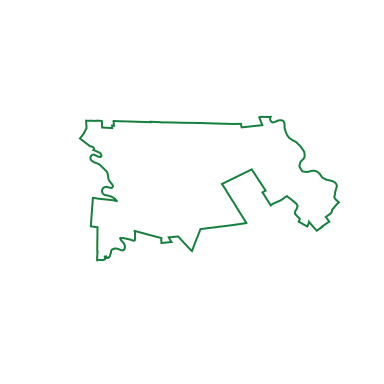 Veresti, Suceava, Romania, rotated 217°
{"feature_id": "2599482B2854630041456", "entity_name": "Veresti", "entity_type": "district", "adm_level": 2, "iso_a3": "ROU", "parent_name": "Romania", "parent_adm1": "Suceava", "projection": "robinson", "projection_center": [26.473, 47.638], "detail": "fine", "context": "isolated", "style": "outline", "palette": "green", "viewbox_px": 384, "rotation_deg": 217, "n_neighbors": 0, "source": "geoboundaries", "source_scale": "gbopen_adm2", "svg_char_len": 5959}
<svg xmlns="http://www.w3.org/2000/svg" viewBox="0 0 384 384"><g transform="rotate(217 192 192)"><path d="M174.4,299.3L175.4,298.4L180.4,294.8L182.8,293.0L183.0,292.8L183.2,292.1L176.1,287.7L176.5,287.3L191.2,273.5L191.3,273.5L194.0,275.9L199.8,271.3L216.5,259.4L221.5,255.9L224.9,253.5L230.5,249.5L242.3,240.8L245.6,238.5L253.8,232.6L258.6,229.0L259.0,228.9L267.3,223.2L267.0,222.9L267.4,222.6L280.9,213.1L285.3,210.0L292.3,205.0L297.4,201.5L297.4,201.4L297.3,201.2L296.9,201.0L296.6,200.6L295.3,199.2L294.2,197.9L295.8,197.0L294.2,195.0L301.6,190.1L302.6,189.4L306.5,194.2L306.7,194.4L307.6,193.9L310.4,192.1L311.1,191.5L311.3,191.2L312.2,190.5L314.5,188.8L315.5,188.3L316.1,187.6L319.5,185.2L314.6,179.5L313.8,173.7L313.6,173.7L313.7,167.3L300.9,167.2L299.5,167.9L298.2,168.3L297.0,168.0L296.1,167.4L295.9,166.2L295.4,166.5L292.8,167.0L291.0,167.4L290.6,167.5L289.8,167.7L289.3,167.8L289.0,167.8L288.4,167.8L288.0,167.6L287.7,167.5L287.2,167.2L286.6,166.9L286.1,166.2L285.9,165.7L286.0,165.5L286.0,165.2L286.5,164.6L286.8,164.3L287.2,164.2L287.6,164.0L288.2,163.8L289.6,163.5L291.2,163.2L292.0,163.0L292.4,162.9L292.9,162.7L293.4,162.4L293.6,162.1L293.9,161.6L294.1,161.2L294.2,160.8L294.3,160.0L294.2,159.4L294.2,159.1L294.0,158.7L293.6,158.1L293.2,157.6L292.9,157.4L292.5,157.1L291.9,156.9L291.3,156.7L290.7,156.7L289.4,156.7L288.4,156.8L287.2,157.0L286.6,157.2L284.4,157.9L283.8,158.1L283.1,158.2L282.2,158.2L281.4,158.2L279.9,158.0L276.5,157.6L273.3,157.1L272.5,157.0L271.6,156.6L271.1,156.4L270.7,156.1L270.2,155.7L266.9,152.5L266.1,151.8L265.6,151.5L265.0,151.2L264.5,151.0L259.9,149.9L259.4,149.6L259.2,149.5L258.9,149.2L258.7,148.9L258.6,148.7L258.4,148.4L258.4,148.0L258.4,147.8L258.4,147.5L258.5,147.3L258.6,147.0L258.9,146.7L259.3,146.4L259.9,146.1L260.8,145.8L261.3,145.5L263.1,144.7L263.9,144.2L264.2,143.9L264.4,143.6L264.9,142.9L265.0,142.7L265.2,142.1L265.3,141.6L265.3,140.8L265.2,140.2L265.1,139.9L265.0,139.5L264.8,139.1L264.2,138.4L263.8,138.0L263.3,137.6L262.9,137.4L262.5,137.2L261.9,137.1L261.5,137.0L260.9,137.0L260.4,137.0L259.6,137.2L258.9,137.6L256.9,138.6L255.4,139.1L254.4,139.5L253.3,139.8L252.3,140.0L251.3,140.1L249.6,140.1L249.3,140.1L246.9,139.7L246.0,139.6L245.9,139.6L247.7,138.9L249.5,138.3L254.8,135.1L260.1,131.9L261.9,130.8L265.9,128.6L266.0,128.6L267.6,127.7L265.8,124.8L264.5,122.9L262.9,120.4L262.8,120.1L260.0,115.9L258.8,113.9L258.7,113.7L258.1,112.9L256.9,111.0L255.1,108.3L253.9,106.4L253.7,106.1L252.2,103.7L249.7,105.1L249.3,105.2L246.2,107.0L245.4,105.8L244.9,105.2L244.5,104.5L242.7,102.2L241.6,100.7L240.2,98.7L239.5,97.8L238.4,96.3L237.6,95.1L237.4,95.0L237.4,94.9L236.8,94.1L236.2,93.3L235.4,92.2L234.2,90.6L233.1,89.0L232.3,88.2L232.2,88.1L232.3,88.1L231.1,86.6L230.3,85.6L228.9,83.5L228.4,82.6L227.3,81.2L226.6,80.4L225.2,82.0L222.3,83.9L221.0,85.8L221.4,86.8L222.8,87.9L221.7,89.0L220.3,88.0L219.1,89.2L219.0,91.5L220.0,93.8L220.1,94.3L220.1,94.7L221.0,96.1L221.3,97.4L220.9,98.6L219.6,100.5L218.2,101.4L216.1,102.2L213.5,102.9L211.8,104.0L211.6,105.3L212.0,107.0L213.2,108.6L215.5,110.0L219.3,110.7L221.5,111.7L221.5,112.3L221.2,112.4L220.5,112.7L219.6,113.6L219.1,113.9L217.6,114.6L217.4,114.7L216.5,115.1L212.5,116.9L210.7,117.4L209.9,117.7L209.2,118.1L208.8,118.4L208.6,118.7L208.6,118.9L208.7,119.2L209.1,119.9L209.5,120.6L209.8,121.1L211.0,122.4L211.5,123.1L212.3,124.2L213.0,125.2L213.5,125.8L213.8,125.9L214.3,126.2L214.4,126.4L204.1,130.5L198.8,132.6L197.3,133.3L188.9,136.7L188.7,136.8L188.0,135.7L187.5,134.8L187.1,134.5L186.4,133.8L185.9,133.2L185.7,132.9L183.5,134.9L178.3,139.7L180.7,140.6L183.3,141.8L176.2,148.2L173.8,147.7L163.9,145.9L156.9,144.8L156.5,144.8L157.0,146.5L158.0,150.0L160.3,158.0L160.5,159.0L161.5,162.5L162.9,167.5L162.4,168.0L158.2,172.0L157.1,173.1L154.0,176.1L151.0,178.9L150.1,179.9L149.0,181.0L147.5,182.4L143.3,186.4L137.2,192.5L135.1,194.6L130.0,199.8L129.8,199.9L129.8,200.0L132.1,200.8L133.3,201.3L134.2,201.6L134.7,201.7L136.1,202.3L137.5,202.9L139.6,203.7L140.8,204.1L145.1,205.8L145.6,205.9L147.1,206.6L148.2,207.0L148.6,207.2L149.8,207.7L152.4,208.7L155.8,209.9L156.6,210.2L159.8,211.5L162.8,212.6L163.5,212.8L164.2,213.1L164.6,213.3L166.0,214.0L167.5,214.5L168.4,214.8L169.9,215.4L170.7,215.6L171.9,216.0L172.9,216.4L165.6,230.8L157.9,246.0L146.8,242.0L142.2,240.4L134.0,237.4L135.5,234.1L132.4,233.0L123.6,229.6L121.1,228.7L121.1,228.9L120.4,231.0L120.2,231.5L119.7,232.3L118.3,234.9L116.6,237.9L116.2,238.7L115.9,239.2L115.5,240.6L113.8,245.8L113.6,245.7L112.7,245.7L109.6,245.8L107.6,245.8L106.2,245.7L105.0,245.6L102.2,245.5L101.2,245.3L100.5,245.0L99.2,244.3L98.9,243.3L98.2,241.5L98.1,240.1L98.0,239.0L97.5,237.6L97.1,237.0L96.5,236.5L89.6,235.4L88.9,232.5L79.2,233.8L80.2,237.9L80.6,238.6L77.8,237.9L69.1,236.2L67.0,242.3L67.4,242.4L65.5,248.3L64.5,250.9L67.7,251.9L70.1,252.5L68.2,258.8L68.6,260.5L69.1,261.7L69.4,262.2L69.2,265.3L69.0,268.9L68.6,271.6L68.5,272.2L72.7,272.5L73.1,272.6L74.0,272.9L74.6,273.1L75.1,273.6L75.6,274.1L75.9,274.4L76.0,275.1L76.6,276.6L77.3,277.4L79.8,283.6L80.0,284.1L80.6,284.6L81.9,285.3L83.3,285.6L85.3,285.5L87.5,284.8L90.1,283.6L92.8,282.5L94.5,282.2L95.8,282.1L97.0,282.1L98.0,282.4L100.8,283.3L102.6,283.5L104.5,283.5L106.1,283.1L107.6,282.2L109.1,281.0L110.4,279.3L111.9,277.4L115.2,275.4L116.0,275.1L116.9,275.0L118.1,275.5L119.4,276.1L120.8,276.6L121.9,277.4L123.5,281.2L123.2,283.4L123.0,284.9L122.9,286.8L123.2,287.5L124.0,288.9L125.7,290.8L126.3,291.4L127.5,292.0L130.3,292.9L132.7,293.7L135.9,294.1L138.3,294.5L139.3,294.5L140.6,294.4L142.2,294.0L143.8,293.8L145.3,293.8L145.9,293.7L146.6,293.7L147.7,293.9L148.4,294.1L149.5,294.4L150.9,295.0L153.1,296.3L155.1,297.7L156.3,298.6L157.1,299.4L158.0,300.7L159.3,302.2L160.2,303.0L161.0,303.4L161.8,303.6L163.0,303.4L164.0,302.9L164.8,302.4L166.2,301.0L167.5,298.6L168.7,296.8L169.4,296.2L169.9,295.9L170.7,295.9L171.5,296.0L172.3,296.3L172.9,296.7L173.5,297.2L174.0,298.1L174.2,298.6L174.4,299.3Z" fill="none" stroke="#15803d" stroke-width="2"/></g></svg>